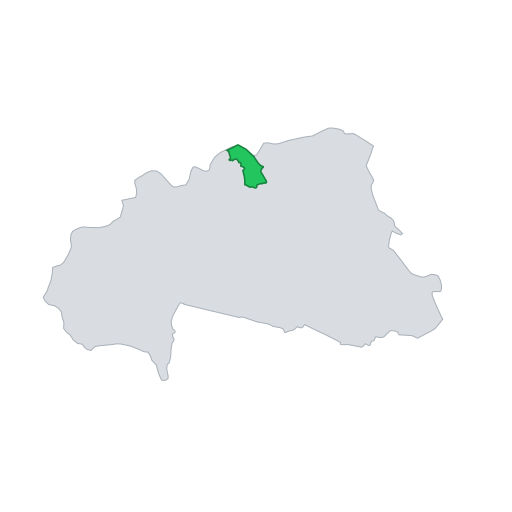 location of Loroum, Loroum, Burkina Faso, rotated 14°
{"feature_id": "67063806B11896750408185", "entity_name": "Loroum", "entity_type": "district", "adm_level": 2, "iso_a3": "BFA", "parent_name": "Burkina Faso", "parent_adm1": "Loroum", "projection": "orthographic", "projection_center": [-2.146, 13.922], "detail": "fine", "context": "in_parent", "style": "filled", "palette": "green", "viewbox_px": 512, "rotation_deg": 14, "n_neighbors": 0, "source": "geoboundaries", "source_scale": "gbopen_adm2", "svg_char_len": 6343}
<svg xmlns="http://www.w3.org/2000/svg" viewBox="0 0 512 512"><g transform="rotate(14 256 256)"><path d="M379.3,319.0L366.5,319.7L361.8,321.1L359.0,321.2L358.9,320.0L358.6,319.3L342.4,315.5L331.1,313.3L319.6,310.8L318.9,313.3L317.3,314.8L314.8,315.0L313.1,314.6L312.0,316.5L310.1,318.9L307.4,320.2L304.8,321.7L303.4,323.1L302.3,323.1L299.7,320.0L296.2,319.7L289.6,320.2L286.7,319.4L282.7,319.0L273.2,319.7L258.1,318.4L255.6,319.1L255.0,319.7L240.0,319.9L223.5,320.1L209.7,320.2L197.7,320.3L197.6,319.7L193.8,319.7L193.3,320.7L189.9,333.3L189.5,340.2L191.3,344.5L193.3,347.2L195.6,348.3L195.9,349.8L194.0,351.8L194.2,353.8L196.3,355.9L196.8,358.1L195.7,360.4L196.0,366.0L197.6,374.7L197.6,380.4L196.1,383.0L196.8,387.5L199.8,393.7L200.3,396.4L199.2,397.6L196.8,399.2L194.3,399.2L191.3,395.4L190.1,393.7L187.7,389.8L185.7,385.9L183.0,384.2L180.4,382.6L177.1,377.7L174.0,375.4L170.7,376.0L165.9,375.1L156.2,373.8L145.7,374.1L141.3,375.2L137.1,377.0L126.2,380.8L121.9,382.7L118.6,387.6L114.9,387.5L111.2,385.9L108.9,383.6L104.0,384.0L99.2,381.8L94.6,377.5L91.2,376.1L86.9,372.9L85.7,367.0L83.0,362.8L80.5,357.1L76.8,354.5L72.5,353.0L66.5,353.2L62.6,350.9L59.5,347.5L60.4,344.6L61.8,340.5L62.0,336.5L63.0,330.0L62.5,322.0L61.5,316.3L64.8,314.0L68.7,312.0L71.1,308.2L73.6,299.6L74.7,292.2L74.0,289.4L72.8,287.2L71.8,284.0L71.3,280.1L72.0,276.7L74.9,273.6L78.5,271.0L81.1,269.7L87.9,268.5L96.4,266.6L101.3,264.4L104.9,262.3L106.9,260.5L108.9,256.9L112.2,254.1L114.8,251.3L115.2,243.5L115.2,239.0L113.4,236.5L112.4,234.4L125.0,228.3L125.1,224.0L123.4,219.1L121.0,215.2L120.1,211.8L123.6,207.9L126.7,204.9L128.9,202.4L133.9,198.6L139.0,197.6L143.6,199.1L157.2,208.3L159.6,208.9L162.5,208.2L166.1,205.8L170.8,204.0L172.5,197.9L172.4,188.9L173.5,184.8L176.0,184.1L183.8,185.9L185.9,186.0L188.2,185.4L189.8,183.8L189.8,180.9L189.4,178.4L192.0,170.1L196.7,163.9L206.1,156.1L209.1,154.5L212.5,153.7L229.4,159.1L232.2,157.8L236.3,144.5L240.9,143.2L246.3,143.0L249.9,141.9L251.8,140.9L259.8,135.9L273.9,129.0L281.5,126.0L283.0,124.9L288.4,120.0L295.6,114.3L300.2,113.2L306.5,112.8L310.6,113.6L311.7,115.2L313.0,116.0L321.3,113.6L333.2,117.3L343.5,120.9L342.9,123.2L342.9,127.4L342.1,134.0L341.1,141.9L345.4,147.0L350.6,152.4L352.0,154.5L350.7,160.0L351.6,163.1L354.4,168.4L359.0,175.0L363.8,181.9L367.1,182.8L370.2,183.3L372.1,184.5L374.9,185.7L377.7,186.4L380.1,187.9L381.6,189.3L383.6,193.6L389.0,196.3L392.7,199.0L391.3,200.5L386.6,200.0L382.3,198.8L381.7,200.9L381.6,208.7L382.4,215.2L383.4,216.0L387.8,217.2L398.4,225.5L408.0,233.3L411.2,235.4L416.4,236.1L422.3,236.3L424.8,235.5L430.4,231.4L433.4,230.9L436.2,231.0L437.7,231.6L440.5,234.8L443.2,239.7L443.9,243.4L443.7,245.4L442.9,246.1L438.2,247.2L436.2,247.9L435.7,249.0L436.5,251.5L437.4,253.0L442.6,260.1L450.2,269.6L452.5,272.1L451.2,275.0L447.6,282.6L444.8,285.8L432.6,296.7L426.5,295.5L413.8,297.9L411.8,295.5L408.8,295.2L405.1,295.7L403.8,296.6L403.4,297.7L402.1,299.2L399.8,303.4L398.0,304.5L395.7,305.2L392.9,305.2L391.3,305.7L391.3,307.8L390.9,309.7L389.0,310.6L388.2,312.7L388.4,314.7L387.3,315.6L384.9,315.1L383.4,314.6L382.1,317.2L380.5,319.0L379.3,319.0Z" fill="#d9dde1" stroke="#a8b0b8" stroke-width="1"/><path d="M202.4,160.4L202.5,160.4L202.9,160.5L203.0,160.6L203.1,160.8L203.3,160.9L203.4,161.0L203.5,161.0L203.8,161.0L204.0,161.1L204.1,161.3L204.3,161.2L204.4,161.3L204.4,161.6L206.0,164.5L206.5,165.1L206.8,165.6L207.2,166.2L207.4,166.9L207.4,167.2L207.3,167.6L207.3,167.8L207.2,168.1L206.9,168.5L206.7,168.7L206.6,168.8L206.6,169.0L206.8,169.3L207.1,169.4L207.4,169.5L207.5,169.6L207.9,169.6L208.0,169.4L208.4,169.2L208.8,168.9L209.1,168.8L209.3,168.7L209.5,168.7L209.7,168.8L209.9,169.0L210.1,169.2L210.5,168.8L210.9,168.4L211.2,168.1L211.5,167.8L211.6,167.6L212.1,167.3L212.4,167.0L212.8,166.8L213.2,166.7L213.6,166.7L213.9,166.7L214.3,166.9L214.5,166.9L214.7,167.2L214.9,167.4L215.0,167.6L214.9,167.6L215.1,167.8L215.5,168.0L215.8,168.3L216.1,168.5L216.4,168.7L216.6,168.9L216.6,169.1L216.7,169.3L216.7,169.5L216.8,169.6L217.0,169.6L217.4,169.5L217.7,169.4L218.0,169.3L218.1,169.2L218.3,169.2L218.6,169.3L218.8,169.4L219.0,169.7L219.1,170.0L219.2,170.4L219.3,171.0L219.3,171.6L219.3,172.0L219.4,172.3L219.5,172.4L219.6,172.5L220.3,172.5L220.9,172.6L221.8,172.8L222.8,173.0L223.1,173.2L223.3,173.3L223.5,173.5L223.7,173.8L223.7,174.1L223.7,174.3L223.5,174.6L223.3,175.1L223.1,175.6L222.9,175.9L222.8,176.1L222.6,176.2L222.6,176.3L222.6,176.5L222.8,176.8L223.2,177.3L223.4,177.9L223.6,178.3L223.8,178.6L224.0,178.9L224.2,179.3L224.7,180.4L225.2,181.3L225.6,182.1L226.0,183.2L226.3,183.8L226.6,184.8L227.1,186.3L227.3,187.2L227.4,187.7L227.6,188.3L227.8,188.9L228.0,189.6L228.4,189.5L228.6,189.5L229.0,189.5L229.4,189.6L229.8,189.7L230.2,189.9L230.8,190.0L231.2,190.2L231.4,190.3L231.6,190.3L231.8,190.3L232.0,190.4L232.5,190.4L232.5,190.5L232.8,190.5L233.0,190.5L233.5,190.6L233.9,190.6L234.2,190.5L234.6,190.2L234.8,190.2L235.0,190.1L235.4,190.0L235.6,189.9L235.8,189.8L236.2,189.8L237.0,190.0L238.0,190.2L238.5,190.2L239.1,190.1L239.4,190.0L239.6,189.7L239.8,189.4L240.0,189.3L240.0,189.2L240.0,188.8L239.9,188.5L239.9,188.3L239.9,188.1L239.9,187.9L239.8,187.7L239.7,187.4L239.7,187.2L239.8,186.9L240.2,186.6L240.5,186.3L241.3,185.8L241.8,185.4L242.5,185.0L242.9,184.7L243.3,184.5L243.6,184.4L243.8,184.5L244.0,184.5L244.3,184.5L244.6,184.4L244.9,184.1L245.3,183.7L245.6,183.4L245.9,183.2L246.2,183.2L246.7,183.2L247.1,183.2L247.4,183.1L247.6,183.0L247.8,182.9L247.9,182.7L248.0,182.6L248.0,182.4L248.1,182.2L248.2,181.9L248.3,181.8L248.2,181.7L248.0,181.3L248.0,181.2L248.0,180.9L247.9,180.7L247.6,180.5L247.4,180.4L247.2,180.3L247.1,180.2L246.9,179.9L246.9,179.7L246.5,179.3L246.0,178.9L245.2,178.0L244.6,177.4L243.8,176.5L242.8,175.6L242.5,175.3L242.2,175.0L241.9,174.6L241.5,174.3L241.2,174.0L241.0,173.9L240.8,173.6L240.6,173.4L240.5,173.2L240.3,172.6L240.2,172.0L240.1,171.7L240.1,171.3L240.2,171.1L240.3,171.0L240.3,170.8L240.4,170.7L240.3,170.4L240.3,170.2L240.4,169.7L240.5,169.6L240.6,169.4L240.7,169.2L240.9,169.1L241.0,169.0L241.0,168.9L241.1,168.7L241.5,168.4L241.5,168.1L241.5,167.8L241.5,167.6L241.3,167.5L239.3,167.3L236.3,165.8L235.0,164.7L233.8,163.6L233.4,163.2L232.4,162.4L230.6,160.8L230.6,160.7L230.4,160.4L230.2,160.3L230.1,160.2L229.9,160.2L223.2,156.3L220.6,154.9L211.6,152.5L202.4,160.4Z" fill="#22c55e" stroke="#15803d" stroke-width="1.5"/></g></svg>